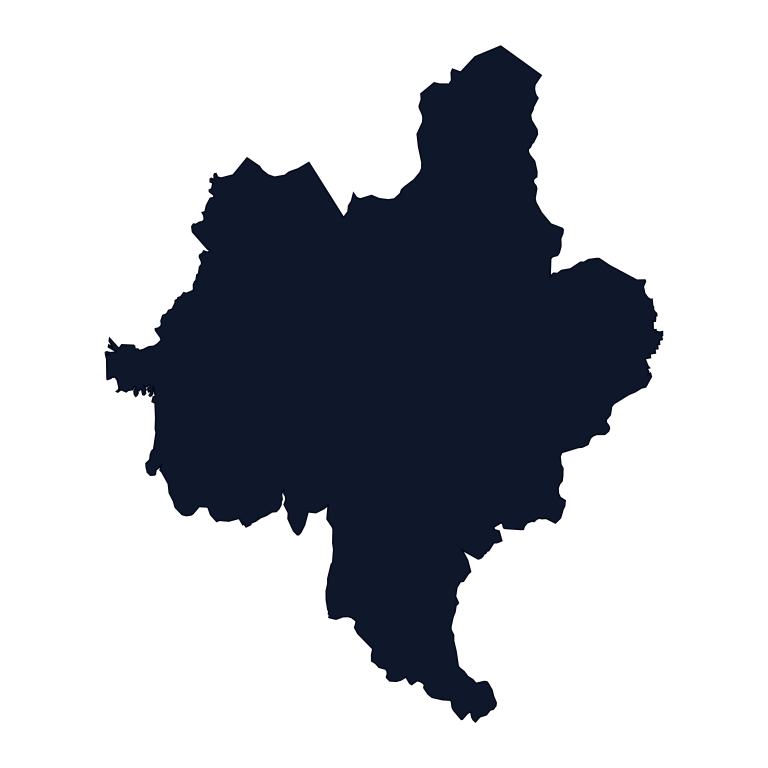 the district of Tlaola, Puebla, Mexico
{"feature_id": "50627088B3423694418611", "entity_name": "Tlaola", "entity_type": "district", "adm_level": 2, "iso_a3": "MEX", "parent_name": "Mexico", "parent_adm1": "Puebla", "projection": "equal_earth", "projection_center": [-97.92, 20.163], "detail": "fine", "context": "isolated", "style": "filled", "palette": "ink", "viewbox_px": 768, "rotation_deg": 0, "n_neighbors": 0, "source": "geoboundaries", "source_scale": "gbopen_adm2", "svg_char_len": 6103}
<svg xmlns="http://www.w3.org/2000/svg" viewBox="0 0 768 768"><path d="M493.2,709.3L495.9,705.7L496.2,702.7L493.6,696.5L492.0,690.1L488.0,683.2L486.8,681.8L484.4,681.5L476.0,683.4L472.7,679.6L467.8,676.6L464.1,671.6L459.2,667.6L458.2,665.9L456.0,651.1L453.6,640.9L453.6,635.1L451.0,629.8L450.9,626.7L453.0,616.9L455.0,612.0L456.1,604.9L457.5,604.4L458.4,602.8L455.5,596.4L456.9,587.4L460.4,581.7L463.5,581.2L468.4,573.6L470.6,571.8L467.7,560.5L462.1,550.0L478.2,559.0L480.8,558.1L482.9,556.2L484.1,553.7L485.5,553.5L487.3,550.8L488.6,550.8L493.8,542.8L496.9,542.7L501.8,540.8L499.1,531.1L494.2,529.7L493.9,527.0L501.4,522.6L502.7,524.0L503.6,527.7L504.8,528.4L521.6,529.5L523.4,529.3L524.2,526.5L527.1,522.9L531.7,521.2L534.1,521.5L536.7,519.1L540.1,517.9L541.1,518.7L546.3,518.4L555.4,523.0L560.6,517.8L563.1,509.0L564.6,506.3L565.2,500.6L560.3,497.5L558.4,493.5L558.1,488.1L559.5,484.1L562.1,480.9L562.7,475.9L562.9,468.4L560.9,464.5L560.1,456.4L561.8,452.5L578.2,447.5L582.3,447.1L587.9,444.5L590.3,438.4L592.6,436.1L596.6,434.4L604.8,434.4L608.6,431.1L609.5,428.2L608.8,425.9L606.2,422.3L606.4,419.5L610.3,414.9L611.6,406.5L613.9,403.7L628.7,394.5L635.0,391.9L641.5,387.9L645.7,387.0L651.4,376.6L650.4,373.1L648.2,374.2L648.7,371.5L647.0,368.6L649.5,367.8L647.9,366.0L644.9,358.7L650.5,357.6L649.9,354.0L655.4,353.0L654.8,349.1L657.9,348.7L657.4,344.6L659.6,344.3L659.2,340.3L662.2,339.5L661.5,335.9L662.5,335.5L662.5,331.6L659.3,332.2L656.0,331.2L656.0,329.7L653.2,329.7L653.0,321.3L655.3,321.2L655.6,318.0L654.9,316.5L656.8,315.8L656.6,313.4L654.4,311.3L653.4,309.2L653.6,307.3L652.6,305.4L652.1,299.2L650.2,299.4L647.6,297.5L644.7,293.4L643.3,286.4L645.5,281.5L645.0,280.0L636.9,280.2L609.6,265.6L599.2,258.6L597.0,258.5L588.6,259.6L583.8,262.4L580.6,262.2L570.5,268.9L561.4,270.5L557.6,273.5L553.5,273.2L550.1,276.7L550.7,258.7L552.6,256.6L557.4,255.4L559.2,252.8L560.9,246.3L560.7,238.4L562.8,233.5L563.2,229.6L562.3,228.4L550.8,224.0L541.5,212.8L535.8,202.3L535.0,198.4L536.7,188.7L536.1,186.2L533.5,182.8L533.4,181.0L533.7,178.9L536.7,176.8L536.9,171.7L534.6,161.3L529.7,155.0L528.2,151.6L528.4,148.6L530.3,147.4L532.1,143.3L533.4,142.5L537.4,134.3L537.0,129.7L531.3,120.0L530.5,114.7L533.1,109.3L533.2,107.4L538.0,98.0L536.1,95.5L534.9,92.0L534.4,88.5L534.9,84.7L541.2,75.3L500.7,46.1L475.2,56.7L460.7,72.2L452.5,69.2L451.2,72.5L451.6,80.4L449.1,84.2L439.3,84.1L434.2,82.8L420.9,93.8L421.4,99.3L419.2,106.0L419.5,108.1L422.5,114.8L423.0,118.1L422.7,122.2L417.2,134.1L418.6,146.7L421.9,162.4L421.8,168.2L420.0,172.6L413.9,179.9L404.1,187.3L401.5,189.9L400.4,193.4L394.5,198.9L388.6,199.9L379.1,198.7L371.5,195.5L360.2,199.0L356.6,197.6L353.5,193.2L351.5,201.2L348.6,205.7L348.0,211.7L343.6,217.6L308.9,162.5L298.3,168.8L289.1,172.1L285.1,175.3L274.6,177.2L268.1,175.0L262.0,170.2L259.3,166.3L247.1,157.9L233.1,175.0L221.0,178.1L217.6,177.1L216.0,173.6L214.5,173.8L214.0,175.4L214.3,178.3L213.3,179.6L211.5,178.3L210.2,179.0L210.2,181.9L212.9,183.0L211.7,188.8L209.3,190.0L209.4,191.6L214.2,195.5L213.5,197.6L210.2,198.3L206.4,205.6L205.1,211.8L202.2,212.5L203.8,215.5L204.3,219.6L202.5,221.7L199.5,222.2L195.7,224.4L193.4,224.1L191.8,226.6L192.5,231.9L207.5,249.0L209.7,250.2L208.9,251.7L207.3,252.3L203.6,250.9L202.7,253.0L199.6,255.1L199.4,257.0L201.5,261.6L201.6,264.4L199.5,266.9L198.6,273.7L196.9,274.8L195.9,280.8L194.6,281.6L193.4,284.8L193.6,289.0L193.0,290.6L186.3,293.4L183.7,292.7L180.7,296.9L178.1,297.6L177.2,299.6L175.3,300.4L175.0,303.3L172.2,309.1L168.6,310.4L166.6,314.0L162.8,315.4L161.0,320.7L161.5,324.1L160.8,326.3L158.2,328.2L155.4,328.7L155.5,330.4L160.3,337.2L161.3,340.2L157.1,344.2L154.0,346.2L148.8,346.8L142.9,349.7L139.0,350.5L138.0,349.0L135.0,349.1L134.6,346.2L133.7,345.3L121.7,344.8L119.4,348.0L118.5,348.1L109.6,338.3L109.2,341.0L112.6,346.9L108.7,345.0L108.4,347.0L116.1,351.4L115.8,352.1L110.4,352.7L106.8,351.8L105.6,352.3L108.3,354.7L105.5,354.2L106.7,359.3L107.0,378.8L107.3,379.5L110.8,378.4L112.5,376.8L113.6,377.4L115.0,376.6L117.4,380.5L119.0,387.8L118.5,389.9L116.5,391.4L117.8,392.1L121.1,389.6L126.2,391.9L128.2,390.3L132.8,389.6L134.4,386.1L135.8,387.3L134.0,391.3L134.3,394.1L135.6,396.3L136.7,395.7L138.2,393.1L137.3,390.6L139.3,390.7L140.4,389.0L141.7,389.3L142.7,394.5L144.0,395.0L145.6,393.4L145.1,391.6L146.1,389.7L144.0,385.7L146.2,386.8L149.3,385.2L150.6,386.9L148.1,387.7L147.7,389.3L148.6,391.8L150.4,390.9L150.5,393.6L149.2,395.2L150.1,396.2L151.5,395.6L152.7,393.6L153.3,385.4L155.4,396.6L153.3,396.8L152.1,401.6L155.1,403.1L155.7,418.5L155.3,429.1L156.1,432.5L153.7,449.2L151.6,451.2L150.4,454.5L149.8,459.8L146.0,463.4L146.2,467.2L147.4,472.3L150.4,475.2L154.3,475.0L155.4,474.3L155.8,470.3L161.4,465.2L160.0,470.1L161.8,472.0L168.3,483.8L169.3,493.0L173.5,501.1L175.2,507.4L182.2,514.6L186.1,515.6L190.9,515.0L192.9,513.8L199.1,506.5L207.9,507.0L210.6,514.7L216.7,521.5L219.5,520.3L228.8,521.1L239.1,518.3L242.8,524.6L243.8,523.7L246.1,526.9L250.6,524.7L251.2,523.0L255.6,521.2L260.7,517.6L266.2,515.5L271.9,511.9L276.3,511.5L278.9,508.8L281.0,504.9L281.2,501.3L282.2,499.6L281.5,494.4L282.5,491.6L284.0,490.4L283.9,493.6L285.5,496.3L285.8,499.9L284.1,504.6L288.4,512.9L288.0,518.7L293.5,530.8L297.3,534.8L298.7,534.7L300.8,532.5L304.6,524.9L308.1,511.8L315.9,512.7L324.2,508.5L328.2,505.0L327.0,519.0L332.4,527.1L333.1,529.1L332.8,543.1L333.7,549.3L332.7,562.5L331.3,564.2L327.8,578.7L327.8,583.9L326.2,591.0L326.3,599.7L327.8,609.4L328.7,611.2L328.5,614.0L329.4,614.8L329.0,617.5L336.0,619.2L342.9,616.7L348.1,616.5L351.3,617.4L355.1,620.1L356.1,621.3L355.9,623.4L354.6,627.6L357.8,633.5L372.8,648.9L371.6,654.9L371.7,661.0L375.6,663.4L379.0,667.3L385.7,669.1L387.0,671.1L387.4,673.9L386.4,677.4L389.8,680.9L396.4,681.3L400.9,680.0L406.0,677.0L409.7,683.3L411.7,684.6L416.4,681.1L418.3,680.8L421.8,682.3L423.7,683.8L424.4,685.3L423.8,687.8L427.9,693.9L432.0,697.3L442.6,699.7L450.5,700.2L451.4,701.5L452.2,707.5L453.5,710.2L461.3,719.4L462.4,719.2L467.4,713.5L469.7,712.0L470.9,712.5L471.8,717.2L473.2,719.8L475.5,721.9L479.8,716.9L486.4,714.8L490.2,709.9L493.2,709.3Z" fill="#0f172a" stroke="#020617" stroke-width="1.5"/></svg>